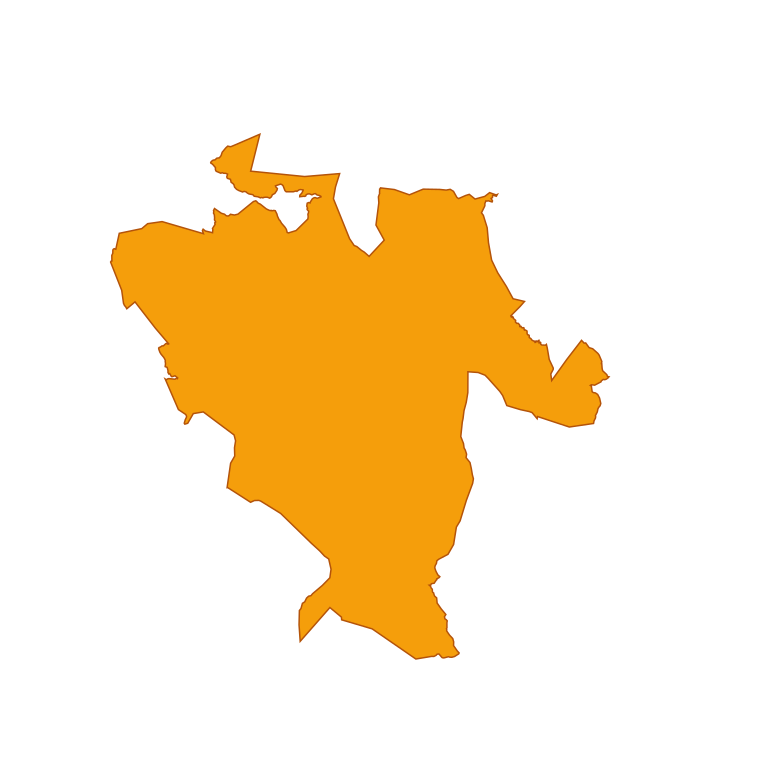 Santiago Juxtlahuaca, Oaxaca, Mexico, rotated 158°
{"feature_id": "50627088B28007976268142", "entity_name": "Santiago Juxtlahuaca", "entity_type": "district", "adm_level": 2, "iso_a3": "MEX", "parent_name": "Mexico", "parent_adm1": "Oaxaca", "projection": "natural_earth1", "projection_center": [-98.042, 17.208], "detail": "fine", "context": "isolated", "style": "filled", "palette": "amber", "viewbox_px": 768, "rotation_deg": 158, "n_neighbors": 0, "source": "geoboundaries", "source_scale": "gbopen_adm2", "svg_char_len": 6171}
<svg xmlns="http://www.w3.org/2000/svg" viewBox="0 0 768 768"><g transform="rotate(158 384 384)"><path d="M405.5,662.1L436.7,661.4L437.6,661.6L439.8,663.1L442.4,662.1L447.2,659.5L449.5,656.8L451.9,655.4L454.5,656.0L456.8,655.1L458.1,655.5L459.4,655.5L461.4,654.6L461.8,654.1L461.7,653.4L461.0,652.7L460.0,650.4L459.7,648.9L459.4,648.6L459.2,647.8L459.9,646.3L460.1,644.7L459.6,643.8L456.4,640.6L454.8,640.5L453.8,639.5L451.8,638.6L450.4,637.2L452.1,635.1L452.3,634.1L452.1,633.3L449.7,631.3L450.2,628.3L449.0,626.5L448.5,625.0L448.8,622.5L447.8,619.8L446.2,617.8L443.2,615.0L441.6,615.0L440.0,613.9L439.2,612.3L438.0,610.8L434.7,608.7L434.0,606.7L430.6,604.7L428.9,602.9L427.6,602.8L426.5,601.9L425.8,602.1L423.6,601.5L422.1,600.8L420.3,599.1L418.3,599.7L416.6,601.3L413.8,601.6L410.7,603.7L409.6,605.2L410.5,607.2L410.4,608.4L405.0,608.1L403.9,607.0L403.3,605.6L403.4,600.4L402.7,598.9L396.1,596.2L393.2,595.9L392.6,595.2L390.3,595.8L388.9,595.7L386.3,594.3L386.4,593.8L388.8,591.7L391.3,590.6L392.0,589.2L387.7,588.0L387.2,587.6L386.1,587.7L385.3,588.6L383.8,588.8L382.0,588.3L380.0,586.4L377.4,586.5L376.3,586.2L375.3,584.4L373.2,582.9L372.2,581.6L372.3,581.1L376.4,581.2L377.9,582.6L379.0,582.9L381.0,582.6L384.2,580.3L384.7,579.6L386.0,580.5L387.5,580.4L389.0,577.8L389.0,575.6L389.7,575.2L389.9,574.4L389.1,572.5L390.1,570.7L390.9,570.1L391.7,567.4L392.8,565.5L408.0,559.2L416.1,559.9L417.0,560.8L416.6,563.9L417.1,566.6L418.8,571.5L419.2,574.6L419.7,575.5L419.9,579.5L419.6,581.7L419.9,585.4L421.1,586.2L423.1,586.6L423.6,587.3L424.3,587.3L425.3,588.0L427.5,590.4L431.3,597.1L432.9,598.8L433.8,601.2L434.3,601.9L436.7,602.1L455.8,596.2L459.4,596.7L462.8,598.9L464.0,598.3L465.3,598.1L466.7,598.7L467.5,599.5L468.2,601.1L470.8,603.2L475.4,610.2L477.1,608.7L477.1,608.0L478.1,606.2L477.9,604.6L478.8,601.6L479.7,599.7L479.4,597.3L480.6,596.8L480.8,595.3L484.8,592.4L484.8,591.4L486.3,588.5L492.3,592.8L493.7,595.3L494.9,594.3L495.1,591.0L528.9,617.7L543.1,621.2L550.4,618.8L573.0,622.9L582.2,609.4L583.4,610.5L584.4,610.4L585.2,609.8L586.5,606.8L588.2,605.2L590.2,600.0L590.8,600.2L591.8,599.5L592.1,569.1L595.3,556.4L595.2,553.9L594.6,552.4L594.3,550.1L584.1,553.4L575.0,521.2L568.6,501.9L569.3,501.8L570.7,503.2L571.4,503.1L574.3,502.0L575.5,502.5L577.7,502.0L578.8,502.1L579.5,501.7L579.8,500.3L579.9,497.5L579.6,495.4L578.2,491.0L577.9,488.5L577.9,487.8L578.3,487.2L579.0,484.6L580.4,482.1L578.9,480.7L578.9,480.0L579.3,477.2L580.0,475.6L579.7,473.8L578.8,473.9L578.3,470.5L577.5,470.1L574.7,469.9L573.0,467.0L573.5,466.4L574.0,467.0L576.1,466.8L581.4,469.6L582.4,469.8L584.2,469.5L585.0,470.6L584.2,437.3L579.3,430.1L579.1,428.8L579.2,427.9L579.8,427.0L581.6,425.4L583.9,422.5L583.7,421.4L580.7,421.1L571.9,428.0L562.0,425.8L542.1,392.9L542.9,386.9L546.5,380.9L549.4,373.1L555.9,368.0L568.3,346.7L567.8,346.6L552.0,324.3L547.8,324.5L543.7,323.0L542.3,321.8L528.3,302.7L511.0,263.5L506.2,253.5L503.6,246.7L500.8,242.5L502.5,232.1L506.8,224.6L516.7,220.3L528.8,216.3L531.0,215.1L533.4,215.5L536.0,214.5L539.1,211.7L541.8,211.2L545.1,206.9L547.3,205.7L553.0,192.5L558.1,176.8L517.9,197.0L510.8,183.8L511.6,181.2L486.7,161.4L457.5,117.1L441.9,113.6L439.8,112.7L437.4,112.9L436.0,113.6L434.2,113.1L432.7,108.7L431.8,107.9L430.5,107.5L426.4,107.0L425.2,106.0L423.4,105.2L420.6,104.9L415.8,105.8L415.1,106.5L416.1,109.2L417.5,115.4L416.0,118.8L415.6,122.2L417.3,126.6L418.4,131.6L417.8,132.8L417.8,133.7L417.0,134.3L415.1,139.1L414.1,140.7L414.6,142.2L415.5,143.5L415.1,145.6L413.0,147.1L415.2,154.0L416.8,161.0L415.3,166.0L416.5,168.3L416.5,170.7L416.2,171.5L416.9,172.7L416.8,173.6L416.1,175.6L416.7,177.4L416.6,178.9L417.4,180.5L415.9,180.1L414.9,181.1L412.1,180.5L408.9,182.7L408.3,182.8L408.0,183.6L405.6,183.8L404.4,184.4L405.6,186.9L406.0,191.1L405.8,194.4L405.4,195.3L404.4,196.6L402.7,197.9L401.1,200.4L398.4,201.1L388.5,202.1L379.6,209.1L370.5,224.2L364.7,228.6L351.2,245.3L339.0,258.7L336.6,262.6L336.1,266.6L334.7,273.0L333.7,278.9L335.5,285.0L333.7,288.0L333.4,292.4L333.7,294.7L332.6,299.0L332.5,306.5L325.7,319.3L323.7,322.3L319.8,329.3L314.6,336.2L309.5,344.6L301.6,363.9L292.4,359.4L287.0,354.3L285.3,350.2L279.4,333.8L278.3,328.8L278.2,318.0L267.1,309.1L259.6,304.0L257.4,302.0L255.0,294.5L253.8,296.3L228.3,274.7L204.5,268.9L203.1,271.1L200.7,273.2L200.0,274.4L199.8,275.5L196.7,278.2L194.9,280.9L193.5,282.0L191.9,282.8L190.3,284.7L189.4,290.2L189.8,294.3L191.3,296.5L193.2,297.7L193.9,298.9L192.5,304.4L193.2,305.4L191.9,305.6L189.1,304.0L182.0,304.7L181.3,305.5L179.0,306.1L177.7,305.3L176.3,305.2L174.3,305.6L172.7,306.4L174.0,307.3L173.9,309.2L176.3,314.4L175.9,316.8L174.4,321.5L174.7,321.6L173.6,323.3L173.7,330.2L174.2,332.2L177.3,338.5L180.2,340.9L181.6,346.5L183.1,346.9L184.5,350.5L205.3,338.3L227.2,324.4L225.6,330.8L221.7,334.1L221.1,335.3L221.6,344.9L219.1,356.5L218.6,359.9L219.7,359.5L223.1,361.0L223.8,362.2L223.2,363.8L223.4,364.1L224.0,363.8L224.8,364.0L223.9,366.4L224.4,366.5L225.1,365.5L225.8,365.8L226.1,366.6L226.9,366.8L227.7,365.8L228.4,366.0L228.2,367.3L228.9,367.5L230.4,369.3L230.8,371.1L231.9,372.6L231.2,374.6L231.4,375.2L232.3,375.8L232.5,376.9L231.6,379.4L231.7,379.9L233.0,381.4L233.4,381.3L233.7,381.8L233.2,383.5L233.6,384.0L234.9,384.3L235.5,386.2L236.2,386.1L236.6,386.4L236.1,387.7L236.7,389.8L237.1,390.2L238.1,390.4L238.9,392.1L238.1,393.7L239.5,396.4L239.1,397.4L239.8,398.6L240.3,398.0L240.9,398.5L240.9,399.7L240.0,400.1L228.8,404.9L222.8,407.9L232.4,414.7L234.0,428.7L236.9,444.5L237.8,458.6L234.2,475.8L229.8,490.2L228.7,503.2L229.5,506.2L224.4,510.8L223.7,511.5L222.9,513.5L220.9,515.6L220.0,515.0L218.7,514.8L215.6,512.3L214.8,513.1L215.2,516.0L213.6,516.2L212.7,518.1L212.0,518.0L209.5,516.0L207.9,517.3L209.2,517.3L214.4,521.9L220.3,520.2L230.3,521.4L233.9,527.9L237.6,528.2L245.4,528.0L246.5,529.6L247.4,536.6L249.7,539.7L253.7,540.5L259.4,543.5L274.7,550.0L289.6,549.9L301.5,560.4L313.7,567.1L313.9,566.6L315.0,566.4L316.5,563.0L316.6,562.4L319.1,559.6L320.9,554.0L331.9,534.4L329.9,517.3L350.0,507.9L352.9,513.7L354.8,516.3L357.7,521.6L359.8,523.6L361.5,531.6L361.5,574.7L355.2,584.8L346.3,595.7L379.9,606.1L427.9,631.3L405.5,662.1Z" fill="#f59e0b" stroke="#b45309" stroke-width="1.5"/></g></svg>